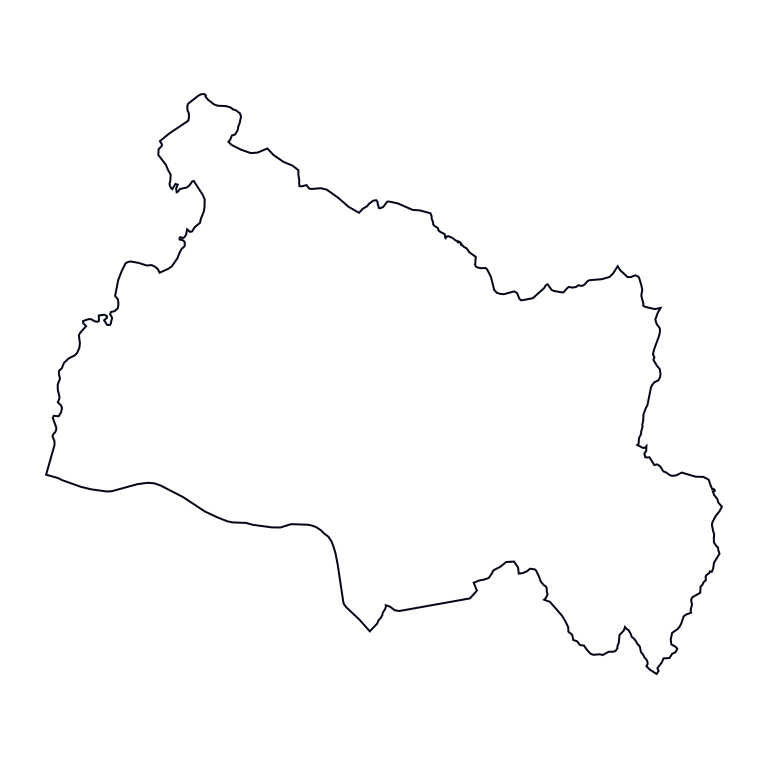 Berzasca, Caras-Severin, Romania
{"feature_id": "2599482B58781170815213", "entity_name": "Berzasca", "entity_type": "district", "adm_level": 2, "iso_a3": "ROU", "parent_name": "Romania", "parent_adm1": "Caras-Severin", "projection": "mercator", "projection_center": [22.089, 44.68], "detail": "fine", "context": "isolated", "style": "outline", "palette": "ink", "viewbox_px": 768, "rotation_deg": 0, "n_neighbors": 0, "source": "geoboundaries", "source_scale": "gbopen_adm2", "svg_char_len": 6077}
<svg xmlns="http://www.w3.org/2000/svg" viewBox="0 0 768 768"><path d="M46.1,474.7L58.2,478.1L62.0,480.1L80.8,486.8L91.0,489.3L106.7,491.5L111.8,491.2L137.7,484.1L147.7,482.8L154.2,483.3L160.4,485.4L183.1,497.1L204.9,511.5L217.0,517.2L227.0,521.2L232.4,522.4L245.8,522.9L252.8,524.8L272.0,527.4L280.4,527.5L290.5,524.3L293.1,524.2L307.5,524.7L311.8,525.5L316.3,527.2L320.7,530.1L324.3,533.7L328.3,536.6L331.6,541.6L333.6,547.0L335.5,553.3L337.7,564.7L343.3,602.0L344.1,604.4L346.4,607.4L359.1,619.3L369.8,631.3L377.1,623.7L378.6,620.1L380.2,618.7L382.3,615.1L382.8,612.6L384.8,609.7L385.9,606.8L385.8,605.2L390.1,606.7L394.8,610.3L399.4,611.0L469.9,598.4L476.9,590.7L473.7,582.7L479.2,580.5L484.0,579.6L488.7,578.0L492.1,573.2L492.8,571.1L494.2,569.9L500.4,566.7L506.2,562.0L514.1,561.6L518.0,567.4L518.8,573.6L522.7,573.1L527.1,571.2L530.1,568.7L534.8,569.4L536.0,570.4L539.2,577.0L540.7,581.5L543.8,585.1L546.1,586.7L546.7,588.2L546.8,591.6L547.6,594.1L546.1,597.7L544.1,599.7L550.0,601.9L562.0,615.7L565.4,621.3L568.2,627.2L568.4,631.7L572.2,634.8L573.3,640.0L577.1,641.3L580.0,645.1L584.0,645.6L587.0,650.0L590.9,654.0L593.7,654.8L599.7,654.3L602.8,655.0L608.5,651.8L613.4,651.7L615.4,651.0L617.3,648.5L617.5,646.0L618.8,642.6L619.5,635.0L623.7,630.7L625.0,627.0L626.3,628.8L628.5,630.1L630.7,633.8L631.7,636.8L634.2,638.9L636.2,641.5L637.0,643.4L639.8,646.5L641.0,652.2L643.0,654.4L644.6,657.7L646.3,659.4L647.5,661.9L647.6,664.2L646.4,666.2L649.8,669.6L656.6,674.0L658.6,670.9L657.4,668.2L661.9,662.3L663.5,658.4L669.5,658.0L672.2,653.7L675.3,652.4L677.0,649.4L677.3,648.6L675.0,646.4L671.7,644.7L671.2,643.6L670.7,639.5L672.2,632.8L677.5,629.2L679.8,626.4L681.3,623.4L683.7,616.3L686.2,614.5L691.1,612.8L690.6,609.9L692.0,604.8L691.1,599.9L692.4,597.2L700.2,592.8L700.6,586.6L702.5,584.7L703.4,582.5L705.9,580.0L705.6,577.0L706.3,575.2L709.6,572.7L709.8,571.5L711.8,571.8L713.2,568.4L714.0,562.7L719.5,553.8L718.4,550.4L717.9,547.2L716.5,546.3L713.9,542.4L713.8,538.2L714.2,534.0L713.4,532.2L711.9,524.9L712.4,522.3L715.4,516.4L719.7,510.9L721.9,506.6L718.9,503.3L718.2,502.3L717.5,499.3L714.0,494.8L712.8,491.3L714.4,491.2L714.8,490.9L714.7,490.2L713.8,489.1L712.2,489.0L710.8,485.9L708.8,480.0L708.3,479.5L703.4,476.9L695.7,476.7L681.8,472.6L675.9,475.5L671.9,475.8L669.7,475.1L666.5,472.7L663.3,471.3L660.4,466.7L658.6,465.2L657.0,464.4L654.3,465.1L649.5,457.3L646.5,457.5L645.2,457.1L644.4,453.3L646.2,451.0L646.4,446.2L645.0,447.8L642.9,447.9L637.3,445.0L638.6,443.8L639.0,438.1L641.1,434.0L641.1,432.0L642.6,426.3L642.3,424.4L643.2,420.7L643.5,414.3L645.9,407.9L647.4,405.3L651.0,387.3L652.2,385.0L654.3,382.3L658.3,380.4L660.0,377.3L660.5,373.8L659.8,369.2L657.0,365.9L653.4,359.9L654.4,357.4L652.9,354.2L654.3,348.8L658.7,337.0L659.8,333.0L660.0,330.1L659.9,328.8L659.1,327.2L656.8,324.4L655.3,319.6L657.8,312.7L660.6,307.9L654.9,309.1L647.3,307.4L644.4,306.5L643.1,305.5L643.4,303.7L641.5,296.7L641.4,294.6L642.3,290.0L641.3,285.1L639.2,278.1L638.3,276.6L635.3,275.3L630.7,277.1L627.6,277.1L620.3,270.3L617.7,266.2L613.2,273.3L609.5,277.0L601.7,279.2L589.6,280.2L587.7,281.0L584.3,284.8L582.5,285.7L580.5,285.8L578.5,285.2L575.9,287.0L572.4,287.6L569.1,286.9L567.6,287.8L563.5,292.3L562.8,292.5L553.7,290.9L551.6,289.9L547.7,284.3L545.8,285.2L544.3,287.9L532.8,298.2L523.6,300.0L521.0,300.3L519.4,298.8L517.1,293.1L514.1,291.4L504.0,294.2L500.3,293.9L496.8,292.8L494.2,289.9L490.9,276.7L486.9,269.0L485.2,267.9L481.7,268.3L478.0,267.6L475.9,266.5L475.1,264.9L475.8,256.9L469.4,252.3L466.7,248.5L463.4,246.5L462.5,245.3L461.1,245.1L460.8,244.5L461.2,243.3L460.0,242.2L458.3,242.5L457.8,242.1L458.3,241.4L455.3,240.3L453.1,238.3L448.6,236.2L447.2,236.3L445.7,238.1L445.0,237.1L445.1,235.8L444.5,234.0L440.3,231.9L438.3,230.2L438.3,229.0L437.6,227.9L434.1,225.6L433.2,224.3L433.0,222.0L431.7,218.8L431.6,216.1L430.5,213.3L419.9,210.4L412.7,209.9L397.8,203.4L388.9,201.5L387.2,201.7L383.2,207.0L380.2,208.2L379.0,208.1L377.8,204.4L377.5,201.8L376.3,200.2L373.2,200.7L369.3,203.5L367.0,206.3L362.7,208.8L359.0,212.8L348.7,206.9L338.1,197.7L326.7,189.6L320.7,188.2L311.7,189.0L309.2,188.6L306.5,185.1L301.9,186.3L299.5,186.2L299.1,183.1L299.3,180.4L298.4,175.0L298.4,170.2L292.5,165.6L283.5,161.9L273.6,155.1L267.4,148.5L257.5,152.6L250.7,153.1L240.6,149.5L231.4,144.8L228.4,141.8L230.2,139.7L231.9,135.5L235.2,134.4L237.8,129.9L238.3,126.4L239.6,123.3L241.0,116.6L239.9,113.3L235.7,110.2L232.9,109.4L231.2,107.8L228.8,106.9L225.8,106.1L217.7,105.7L214.2,104.5L208.3,100.0L205.4,96.5L205.9,95.4L204.2,94.0L201.0,94.3L198.2,95.8L188.1,103.7L187.3,106.1L187.5,110.3L188.8,113.2L188.9,114.6L188.9,117.7L188.3,120.7L169.1,133.6L159.9,141.2L161.9,144.2L161.8,145.8L158.6,149.3L158.3,154.9L165.9,164.8L168.0,169.9L170.7,174.7L170.3,180.8L169.5,183.9L170.0,186.1L171.0,188.1L172.3,189.1L175.4,184.0L177.7,184.6L176.1,188.6L176.7,192.3L177.9,191.6L180.0,189.0L187.0,187.4L189.7,185.1L192.3,181.3L193.8,181.0L202.6,194.7L204.7,199.4L204.5,207.3L203.8,211.5L200.7,219.3L200.0,222.8L194.6,227.3L192.1,231.4L190.1,231.9L187.1,229.4L186.1,234.8L184.0,237.6L182.4,238.0L180.3,237.1L179.9,237.5L179.5,238.5L179.6,239.5L183.0,240.3L184.7,242.0L184.7,246.1L181.5,249.1L179.2,253.5L177.5,258.1L171.7,266.5L168.0,268.9L159.6,272.7L158.1,269.6L156.7,268.0L154.3,266.3L151.6,265.1L146.7,265.5L139.0,263.0L131.0,261.5L128.2,261.9L125.6,263.2L121.5,271.5L118.2,280.1L115.1,296.0L117.7,299.0L118.2,300.9L118.4,304.3L117.9,307.7L117.6,308.5L114.7,311.1L111.0,312.0L110.1,314.0L111.9,317.4L112.0,319.0L111.2,321.0L111.0,323.1L109.9,325.0L107.1,324.9L104.1,320.2L106.9,317.9L107.0,316.3L104.5,314.7L98.8,315.5L98.9,321.0L97.4,321.8L94.7,321.3L91.1,319.2L88.6,319.1L83.0,321.1L83.3,323.3L86.1,326.2L80.1,332.9L78.9,335.3L79.9,343.1L79.4,347.8L77.0,353.1L74.4,355.6L68.7,358.4L63.9,363.0L61.8,368.3L59.2,370.6L58.8,373.6L60.0,378.6L57.7,384.7L57.8,389.8L59.4,396.4L59.4,398.5L57.8,402.3L61.0,405.4L62.0,407.8L61.1,412.3L58.6,416.3L53.7,415.8L52.8,417.9L56.3,427.7L56.3,429.4L55.3,432.0L53.0,434.6L52.5,436.5L54.5,441.3L54.5,445.1L46.1,474.7Z" fill="none" stroke="#020617" stroke-width="2"/></svg>